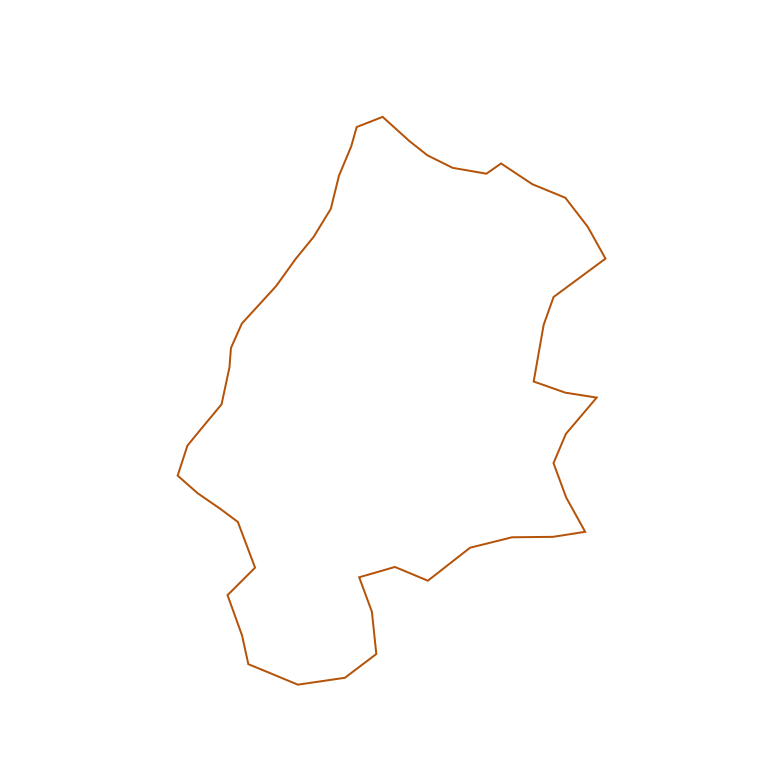 the district of Astromeritis, Nicosia, Cyprus, rotated 331°
{"feature_id": "46923920B14143011196378", "entity_name": "Astromeritis", "entity_type": "district", "adm_level": 2, "iso_a3": "CYP", "parent_name": "Cyprus", "parent_adm1": "Nicosia", "projection": "albers", "projection_center": [33.031, 35.133], "detail": "fine", "context": "isolated", "style": "outline", "palette": "amber", "viewbox_px": 768, "rotation_deg": 331, "n_neighbors": 0, "source": "geoboundaries", "source_scale": "gbopen_adm2", "svg_char_len": 814}
<svg xmlns="http://www.w3.org/2000/svg" viewBox="0 0 768 768"><g transform="rotate(331 384 384)"><path d="M593.3,247.9L575.5,249.7L548.8,228.2L532.8,205.0L523.9,183.6L512.3,149.7L484.7,146.0L470.5,160.3L445.6,180.0L422.4,205.0L394.0,221.1L367.3,231.8L337.0,246.1L289.0,262.2L267.6,278.3L257.0,294.4L232.1,323.0L200.0,335.5L182.2,342.6L159.1,364.1L168.0,389.1L180.4,414.1L189.3,433.8L182.2,482.1L144.8,492.8L137.9,535.3L129.5,563.3L144.5,582.0L146.2,584.2L162.9,605.2L187.5,614.5L207.4,622.0L246.4,616.4L263.0,577.3L268.6,541.0L304.8,549.3L327.0,577.3L379.9,568.9L421.6,580.1L457.7,599.6L488.3,610.8L488.3,571.7L493.9,535.4L518.9,515.8L563.4,499.0L538.4,479.5L516.1,454.4L552.3,409.7L574.5,390.1L638.5,381.7L638.4,345.4L632.9,309.1L610.6,281.2L593.3,247.9Z" fill="none" stroke="#b45309" stroke-width="2"/></g></svg>